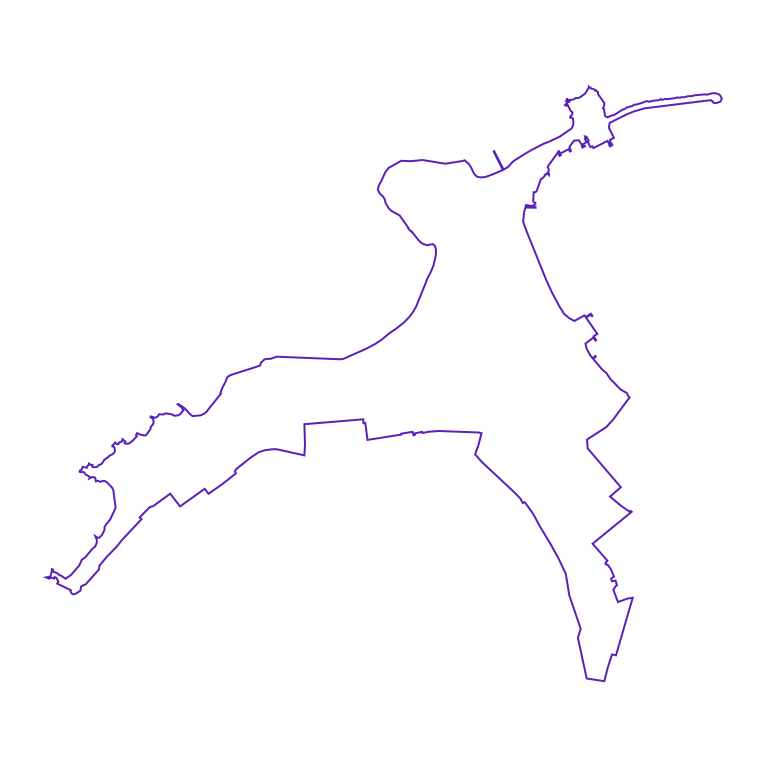 outline of Al Gumruk, Al Iskandariyah, Egypt
{"feature_id": "37247803B59433804182787", "entity_name": "Al Gumruk", "entity_type": "district", "adm_level": 2, "iso_a3": "EGY", "parent_name": "Egypt", "parent_adm1": "Al Iskandariyah", "projection": "orthographic", "projection_center": [29.884, 31.203], "detail": "fine", "context": "isolated", "style": "outline", "palette": "violet", "viewbox_px": 768, "rotation_deg": 0, "n_neighbors": 0, "source": "geoboundaries", "source_scale": "gbopen_adm2", "svg_char_len": 6020}
<svg xmlns="http://www.w3.org/2000/svg" viewBox="0 0 768 768"><path d="M632.7,597.8L627.9,598.5L617.9,602.0L613.4,589.8L615.7,586.1L617.0,585.3L615.5,580.6L612.1,581.3L611.5,580.3L611.2,578.7L614.0,576.5L610.8,569.0L607.5,564.6L606.2,564.7L605.4,563.1L607.4,560.8L592.6,543.7L631.7,511.8L630.6,510.9L629.6,511.7L621.4,506.1L610.1,496.6L620.8,487.2L587.6,448.3L587.1,439.5L606.3,427.1L613.0,419.7L629.6,397.4L628.2,396.1L626.9,393.1L620.6,389.5L610.2,378.8L606.2,372.8L602.5,369.9L593.1,358.8L595.8,356.7L595.3,356.0L592.8,358.4L590.1,355.1L586.4,348.1L585.5,343.5L593.5,337.6L595.5,340.6L596.1,340.1L593.6,336.4L597.3,333.9L586.0,317.6L590.8,314.5L592.0,316.2L592.4,315.9L590.8,313.7L585.7,317.1L584.4,315.4L574.4,321.0L569.2,318.1L564.3,314.1L559.7,306.9L552.2,293.0L546.0,279.4L527.4,233.3L523.2,222.0L524.0,212.7L525.4,207.5L535.6,207.7L535.5,206.8L525.8,206.8L525.8,205.2L528.0,205.2L528.1,205.9L532.9,205.7L535.3,204.0L535.3,202.9L533.2,201.6L533.7,192.1L535.5,192.1L536.7,191.0L540.8,179.3L542.9,177.9L544.8,175.8L544.7,175.1L545.5,174.3L546.1,174.5L547.2,173.1L549.0,174.9L549.0,173.8L547.9,172.5L548.9,170.0L547.7,167.0L548.7,165.2L557.9,152.5L559.6,155.9L560.8,155.2L560.5,154.5L559.9,154.8L558.3,151.6L559.1,151.2L560.4,153.5L568.7,149.1L569.8,151.5L571.0,150.8L570.7,150.4L570.0,150.8L569.1,148.8L570.1,148.2L569.5,146.9L574.0,140.6L578.9,140.3L582.8,146.4L582.1,146.7L582.4,147.5L585.0,146.3L584.7,145.7L583.7,146.2L582.8,144.2L586.5,142.2L584.9,138.9L585.7,138.5L585.0,136.4L586.5,136.8L588.7,141.0L587.6,141.6L590.4,147.1L592.3,146.3L593.4,148.1L607.5,140.9L609.8,144.9L609.3,145.2L610.0,146.4L612.3,145.1L611.8,144.0L611.4,144.2L610.1,141.6L610.1,139.9L613.9,137.8L608.9,127.9L609.6,123.0L610.4,122.5L627.5,114.0L634.2,111.4L644.8,108.3L711.0,100.1L711.5,100.9L712.6,101.1L713.2,102.6L714.7,103.0L716.5,103.0L720.5,101.5L721.9,98.7L720.0,95.2L718.9,94.2L715.0,93.1L711.7,93.4L707.2,94.6L704.8,94.4L694.4,95.3L692.5,96.0L687.6,96.3L684.0,97.3L681.6,97.1L679.8,97.8L677.3,97.4L675.8,98.0L667.9,99.1L664.7,99.0L662.2,99.9L660.9,99.0L659.4,100.1L652.2,100.8L649.4,101.8L646.5,101.1L641.3,103.1L635.7,104.7L634.4,104.6L632.1,106.0L626.5,107.7L624.2,109.3L622.9,109.4L613.7,115.3L612.6,115.2L607.6,117.3L606.0,116.8L605.0,115.6L604.0,109.0L603.1,108.4L604.2,105.4L604.2,102.9L598.1,94.2L598.0,92.1L595.9,90.4L595.0,90.6L594.5,89.5L590.9,88.4L590.5,87.5L589.3,87.6L588.7,86.8L588.4,88.8L587.4,89.5L586.5,91.6L584.7,93.9L580.0,97.3L577.8,98.1L575.7,98.0L573.7,99.4L568.9,100.1L569.7,100.9L569.4,101.9L567.6,101.5L567.6,99.2L567.2,98.9L566.8,99.3L566.1,101.2L567.2,101.9L567.4,102.7L565.0,105.0L566.1,105.8L567.6,105.0L570.8,111.1L572.5,112.4L572.4,114.0L570.0,117.1L570.1,117.7L572.0,117.7L572.9,118.4L573.4,121.6L573.1,125.6L571.5,128.5L559.6,136.7L548.1,142.1L543.5,143.8L529.7,151.0L516.0,159.4L512.6,161.9L507.9,167.1L503.6,169.6L494.2,151.2L493.7,151.5L502.9,170.0L493.9,173.9L485.1,177.1L480.4,177.4L476.8,176.6L474.1,173.8L471.3,167.9L468.8,163.9L464.5,160.3L463.3,160.9L445.2,163.7L422.3,160.0L410.9,161.2L401.3,160.8L388.7,167.9L385.2,172.3L381.5,180.7L378.6,185.9L377.9,189.8L379.6,193.3L383.3,196.9L384.7,199.2L385.7,203.3L388.3,207.7L390.8,210.6L399.6,215.4L408.2,227.6L408.0,228.0L410.9,231.5L411.5,231.3L418.5,240.1L421.7,243.3L426.7,245.2L432.6,244.1L434.5,245.3L435.8,248.4L436.0,254.2L433.6,265.1L430.8,272.0L427.9,277.5L416.0,306.9L412.6,312.6L408.9,317.4L404.2,322.3L395.6,329.1L390.1,332.7L381.9,339.5L375.5,343.8L366.2,348.7L343.5,358.8L340.4,359.3L276.7,356.7L270.6,358.8L266.4,358.9L264.3,359.5L260.9,362.8L260.1,365.6L231.4,374.8L228.0,376.5L227.1,377.6L225.4,382.0L222.1,388.3L220.5,392.8L221.0,393.6L206.2,412.1L203.6,414.0L200.4,415.4L192.5,416.1L189.1,413.2L184.8,408.3L178.3,404.0L177.7,404.3L181.8,407.6L183.5,410.4L181.5,412.2L181.0,413.5L178.5,415.2L174.8,415.8L171.1,414.2L165.2,413.4L163.5,414.5L159.1,414.2L158.1,416.0L155.3,417.9L150.9,416.4L150.5,417.2L152.7,418.6L153.5,420.7L153.6,422.5L152.9,424.3L150.5,427.5L150.7,428.7L146.7,434.5L145.5,435.4L144.0,435.5L139.6,434.4L137.1,433.1L136.1,435.1L136.9,436.2L132.9,440.5L129.4,443.3L126.5,443.8L124.5,443.1L125.4,441.6L122.5,439.2L122.0,441.4L118.9,442.6L118.7,443.8L118.1,444.2L116.8,444.1L115.2,442.5L112.2,445.9L112.5,446.5L113.6,446.4L114.6,448.0L114.9,450.8L114.4,452.4L112.9,454.0L109.8,455.5L107.4,457.7L104.4,459.6L102.2,463.3L100.9,464.3L98.8,465.1L97.7,466.5L96.1,467.1L92.6,467.1L92.2,466.2L92.5,464.9L90.5,464.8L88.9,463.6L88.6,465.0L87.5,465.9L86.8,467.7L82.6,466.9L81.7,469.5L79.8,470.6L79.7,471.8L80.7,472.2L83.2,472.0L84.3,472.6L85.7,474.6L89.6,476.7L89.9,477.2L89.4,478.5L92.4,477.0L94.6,477.4L95.5,478.6L95.8,481.3L98.4,480.8L100.2,481.9L102.6,481.0L104.9,481.1L106.7,482.1L112.0,487.5L113.3,490.0L115.6,507.8L110.3,519.2L107.8,522.6L106.4,523.8L104.5,527.3L104.6,529.6L102.0,535.0L99.1,537.8L97.6,537.7L95.3,536.2L96.9,540.0L96.6,543.3L95.2,546.4L92.4,548.8L85.2,557.3L81.8,559.8L79.2,565.5L70.9,575.1L65.5,578.7L61.7,576.0L58.7,574.7L57.8,573.5L53.4,571.7L52.9,571.0L53.0,569.6L51.9,569.2L51.6,572.2L50.3,576.6L46.1,577.4L49.1,578.6L51.6,577.7L54.1,578.6L54.8,577.1L56.4,577.9L58.4,581.5L57.2,583.6L70.8,590.2L70.5,591.0L71.4,593.1L72.3,593.9L73.6,594.3L75.8,593.6L80.3,590.8L81.3,586.3L85.8,584.2L95.8,573.0L99.0,569.4L99.5,565.6L107.2,556.4L117.0,546.3L121.7,540.3L141.5,519.2L139.7,517.4L149.6,507.3L153.4,506.0L170.2,493.7L180.1,506.4L204.7,488.8L208.5,493.8L222.2,484.2L235.9,473.4L234.9,471.5L236.2,469.1L251.2,457.2L259.0,452.1L264.9,450.2L274.0,449.1L277.5,449.4L304.4,455.4L305.0,444.7L304.4,424.2L363.3,419.3L363.4,423.2L365.3,423.0L367.5,439.9L401.2,434.6L401.3,433.7L412.6,431.8L413.5,435.2L414.8,435.0L414.9,433.4L422.2,431.8L422.5,433.0L429.1,431.7L439.0,431.0L478.6,432.5L481.5,433.2L478.5,444.9L475.1,454.3L481.7,461.8L514.5,492.5L520.5,498.7L522.7,503.0L524.7,502.1L533.0,513.6L539.8,526.2L551.1,545.0L558.8,559.0L565.8,573.9L569.3,595.4L580.7,628.8L577.9,637.7L586.7,678.5L604.3,681.2L607.7,667.8L612.0,654.5L616.0,655.3L632.7,597.8Z" fill="none" stroke="#5b21b6" stroke-width="2"/></svg>